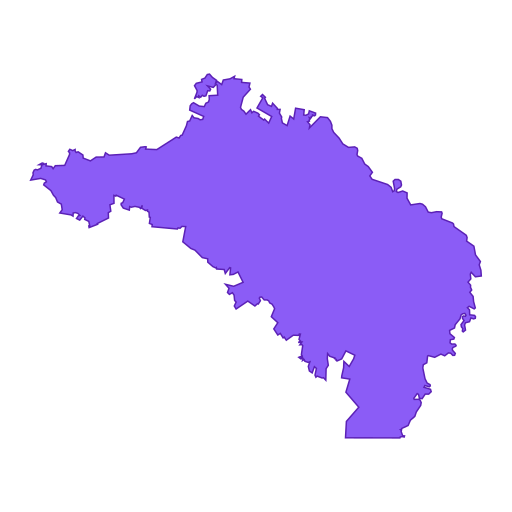 Ocosingo, Chiapas, Mexico (Natural Earth projection)
{"feature_id": "50627088B67639994326823", "entity_name": "Ocosingo", "entity_type": "district", "adm_level": 2, "iso_a3": "MEX", "parent_name": "Mexico", "parent_adm1": "Chiapas", "projection": "natural_earth1", "projection_center": [-91.381, 16.657], "detail": "fine", "context": "isolated", "style": "filled", "palette": "violet", "viewbox_px": 512, "rotation_deg": 0, "n_neighbors": 0, "source": "geoboundaries", "source_scale": "gbopen_adm2", "svg_char_len": 6024}
<svg xmlns="http://www.w3.org/2000/svg" viewBox="0 0 512 512"><path d="M345.5,437.8L399.9,437.9L400.2,437.0L402.2,436.6L404.2,437.0L404.5,435.9L402.7,435.8L401.1,431.4L401.4,430.3L400.6,429.7L401.6,429.5L401.6,428.5L408.1,425.5L410.4,420.2L414.8,416.4L416.3,412.0L420.7,405.4L421.2,402.6L420.1,400.1L418.8,399.3L414.2,399.4L413.8,398.3L417.2,393.6L418.5,394.4L419.4,398.2L422.1,398.7L425.2,394.1L428.7,394.1L431.2,391.7L430.5,389.3L424.0,387.3L424.9,385.5L429.3,386.8L430.3,385.9L430.0,384.6L427.1,383.0L425.0,378.7L422.8,367.9L423.3,364.7L426.8,362.8L427.6,356.0L428.4,355.6L434.7,357.3L440.9,354.1L444.7,355.8L448.4,352.9L450.7,353.2L452.8,355.4L454.6,355.3L455.3,353.4L452.5,350.2L452.3,348.8L452.9,347.5L455.8,346.2L456.1,345.3L454.9,344.0L451.7,344.1L450.0,342.8L450.4,339.7L453.8,339.1L454.4,337.5L449.9,333.7L449.6,330.4L454.5,328.0L455.2,324.7L460.0,318.8L461.1,314.9L462.6,313.8L464.8,313.4L466.0,315.2L465.4,316.3L463.3,316.0L462.5,316.7L462.5,318.4L464.0,320.6L461.0,324.6L461.4,326.9L462.8,328.6L462.3,331.0L463.2,331.9L465.5,330.1L464.6,325.0L465.4,322.8L469.5,321.7L470.9,318.0L473.6,318.9L475.3,318.3L475.5,316.7L474.6,315.4L469.7,314.8L469.5,309.8L467.4,307.7L469.1,306.3L474.2,308.9L475.3,307.9L473.6,301.6L473.1,296.4L469.8,292.3L471.7,290.0L470.5,287.3L470.6,285.2L468.0,282.1L470.8,278.9L470.3,274.1L471.2,272.3L475.4,276.8L481.3,276.0L480.9,270.3L479.2,264.8L480.4,261.5L475.5,254.9L473.9,246.2L466.6,241.1L467.1,237.6L466.3,235.3L454.0,226.6L453.5,224.0L452.5,223.0L441.8,218.8L441.2,217.1L442.1,213.3L441.6,211.9L436.6,211.7L431.4,212.7L428.2,212.1L425.5,206.8L422.5,204.2L420.0,203.5L410.7,204.9L407.0,198.2L407.1,192.9L402.7,191.0L398.0,192.5L396.3,191.5L396.9,189.2L400.7,186.8L401.5,185.0L400.8,181.2L398.4,179.5L395.0,179.5L393.2,181.2L394.6,188.7L394.2,190.8L392.7,191.7L391.1,187.3L387.6,184.5L372.1,179.3L369.8,175.9L372.4,172.3L368.3,166.6L364.7,164.0L361.8,158.3L357.6,156.0L357.0,154.5L357.7,150.5L357.2,148.3L354.7,146.9L348.5,147.4L342.8,143.9L339.1,138.1L333.7,132.4L331.9,128.7L331.9,125.2L330.4,121.3L327.5,117.6L320.4,116.8L309.4,128.0L310.0,124.8L307.5,121.7L309.4,121.1L309.1,120.1L309.9,119.4L309.3,117.7L310.5,118.3L311.4,117.5L311.3,116.6L313.0,115.7L312.8,115.1L314.6,115.8L315.5,115.0L315.6,113.1L309.3,110.8L308.6,113.9L305.9,115.3L303.7,115.0L304.2,109.7L295.6,108.2L293.7,119.0L290.1,116.1L287.1,125.6L282.4,122.9L281.4,118.5L281.7,117.0L279.4,113.1L280.1,109.4L277.3,109.4L277.4,108.4L272.6,103.2L271.5,106.4L267.6,104.7L264.6,98.3L265.4,97.3L262.5,94.5L260.7,96.3L262.8,97.8L257.0,108.0L271.7,116.5L268.7,123.1L264.6,119.1L263.8,120.1L258.5,116.2L259.4,114.7L257.9,113.2L253.6,111.3L251.9,112.8L250.5,109.7L246.0,114.2L243.9,111.2L241.4,109.4L240.5,107.4L243.2,97.2L250.4,89.2L249.0,87.0L249.9,83.1L241.6,82.4L241.8,79.5L234.0,78.7L234.6,76.3L230.1,78.8L223.3,80.0L221.7,84.6L217.5,81.5L215.7,82.8L216.5,80.3L212.4,77.4L209.5,74.1L207.3,74.5L204.9,78.1L201.6,79.4L202.0,81.9L196.3,83.3L194.5,85.7L197.1,90.5L197.0,92.3L194.4,98.9L196.7,96.6L199.0,97.6L198.8,95.9L200.7,97.2L202.3,95.3L204.0,96.3L205.9,95.8L207.7,90.7L209.8,90.9L210.6,89.2L207.5,85.9L213.3,87.4L216.2,84.3L217.2,85.3L217.7,95.2L209.1,95.7L209.3,99.4L208.5,102.0L205.8,103.3L204.3,106.6L199.3,106.1L193.5,102.7L191.7,103.8L190.2,105.8L189.7,110.1L203.7,116.4L202.7,119.4L200.1,119.8L198.1,118.5L194.0,117.8L192.2,115.5L189.7,121.0L187.5,121.5L186.4,125.8L182.2,135.1L180.7,135.5L179.1,138.0L176.3,137.1L156.8,149.6L145.6,149.1L146.2,146.9L145.2,146.7L140.5,147.3L136.4,152.8L131.6,153.8L109.2,155.2L105.5,152.8L104.0,157.0L96.1,157.1L90.4,160.9L83.2,158.1L82.9,155.0L78.1,151.8L76.2,152.5L75.1,150.9L75.1,149.5L72.7,150.6L69.8,149.3L68.4,151.4L69.6,152.8L69.5,154.6L64.7,165.4L55.3,165.7L53.1,168.7L51.7,166.6L46.0,165.9L46.2,163.7L43.5,164.4L43.6,163.4L42.2,163.0L39.1,164.7L42.0,164.8L40.9,168.3L37.4,169.9L35.7,169.4L34.2,170.1L33.0,172.7L33.2,174.9L30.7,180.1L40.7,178.4L45.5,179.9L46.4,181.8L44.3,183.1L43.7,184.9L50.9,190.6L53.5,195.3L55.7,197.6L57.5,202.0L61.3,204.1L62.2,209.7L59.8,213.0L71.0,214.9L73.0,216.1L73.2,213.0L75.5,212.6L77.9,213.4L79.9,215.4L78.4,215.8L76.5,218.5L79.7,220.1L82.9,216.1L85.0,217.9L84.7,219.4L88.8,221.4L89.7,225.7L88.8,225.9L89.1,227.6L97.6,224.3L97.2,223.6L108.5,218.0L108.3,212.7L110.8,211.2L109.9,204.8L114.0,203.3L113.9,195.4L115.8,196.1L116.2,195.2L124.4,199.1L122.7,202.7L121.2,203.3L121.1,204.8L123.3,208.1L129.3,210.1L129.7,206.6L131.2,207.2L135.0,206.4L139.3,207.3L140.6,208.5L142.3,205.3L141.7,208.2L145.5,210.5L147.5,210.0L147.5,211.3L149.0,212.1L149.3,217.1L150.3,217.4L149.4,223.4L152.2,224.5L152.0,226.7L177.4,229.0L178.0,227.9L180.1,228.2L181.9,226.4L185.7,226.6L182.8,241.8L190.9,248.5L194.9,250.1L202.3,257.6L207.7,258.8L207.8,262.2L212.9,266.6L215.9,268.0L216.4,267.6L216.6,269.0L224.2,269.5L225.3,273.5L229.7,267.6L230.6,267.9L229.9,274.8L233.3,274.4L238.0,272.0L243.1,282.3L233.7,286.3L225.5,284.3L229.0,288.3L227.5,292.5L229.4,294.4L232.4,292.7L234.1,295.2L234.6,300.4L236.1,302.1L234.3,306.0L236.1,309.0L247.8,301.1L254.9,306.0L257.5,303.7L258.3,304.0L260.4,300.7L259.3,298.1L259.9,297.2L261.7,297.0L264.2,299.9L267.0,299.9L268.7,300.8L269.7,302.9L272.1,304.2L273.8,306.9L274.6,308.7L271.3,316.7L277.8,322.7L273.8,328.9L277.8,335.0L280.3,333.4L283.1,337.9L284.2,337.1L286.3,340.2L293.3,335.2L298.7,335.4L299.3,334.0L300.4,334.1L299.0,339.4L300.5,341.0L298.3,342.5L301.8,342.1L299.9,344.8L301.9,344.6L302.7,345.7L301.4,354.5L302.2,355.9L298.8,357.3L301.0,359.0L301.7,358.7L301.4,357.0L302.2,357.1L303.2,358.7L302.6,360.5L304.2,359.6L304.9,361.3L308.2,362.4L309.9,361.8L308.3,366.4L309.4,371.0L312.2,372.9L314.4,366.7L316.4,368.4L315.0,375.1L315.9,377.2L317.1,376.1L322.1,378.0L323.5,377.7L325.8,380.2L326.1,368.7L328.3,365.3L327.3,358.7L327.6,353.6L329.8,356.3L334.9,358.0L334.6,358.6L336.4,359.5L336.1,360.3L337.0,361.0L341.7,358.9L345.9,350.9L354.8,355.2L353.6,358.9L349.2,366.5L343.9,361.4L343.6,367.8L341.8,375.8L341.6,377.8L349.8,379.1L345.9,392.2L358.8,407.2L346.4,421.4L345.5,437.8Z" fill="#8b5cf6" stroke="#5b21b6" stroke-width="1.5"/></svg>